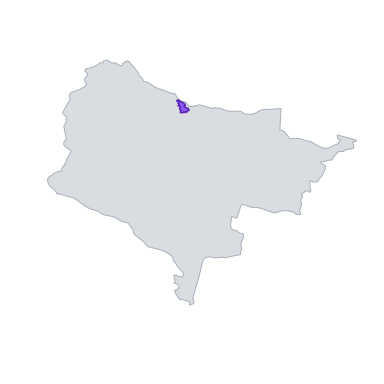 Kalehe, Sud-Kivu, Democratic Republic of the Congo (highlighted), rotated 285°
{"feature_id": "63176286B48907865482387", "entity_name": "Kalehe", "entity_type": "district", "adm_level": 2, "iso_a3": "COD", "parent_name": "Democratic Republic of the Congo", "parent_adm1": "Sud-Kivu", "projection": "equal_earth", "projection_center": [28.9, -2.034], "detail": "fine", "context": "in_parent", "style": "filled", "palette": "violet", "viewbox_px": 384, "rotation_deg": 285, "n_neighbors": 0, "source": "geoboundaries", "source_scale": "gbopen_adm2", "svg_char_len": 5793}
<svg xmlns="http://www.w3.org/2000/svg" viewBox="0 0 384 384"><g transform="rotate(285 192 192)"><path d="M295.7,256.4L274.4,260.9L274.8,262.5L274.6,264.3L274.1,265.6L271.9,269.1L268.7,272.4L268.7,273.1L270.3,276.8L271.3,281.7L271.1,290.5L271.5,292.8L271.4,294.7L270.4,296.7L268.2,307.2L269.7,312.3L273.9,317.0L276.3,320.5L280.5,321.8L281.1,321.6L281.4,318.7L284.7,317.5L284.7,336.2L284.4,337.2L283.8,337.5L283.0,336.9L282.8,335.1L281.9,334.3L277.9,336.6L276.8,336.6L275.7,336.2L274.9,335.2L274.7,333.8L271.8,328.4L270.5,328.0L268.9,323.1L262.5,319.5L260.1,319.3L258.8,318.2L257.6,314.3L255.4,311.8L254.9,309.1L254.5,308.7L253.2,309.2L252.1,313.6L250.7,314.6L248.1,314.7L241.6,313.5L236.9,311.2L235.7,311.4L233.8,309.4L233.0,306.0L233.5,303.4L233.1,303.0L226.0,305.2L224.3,306.5L222.7,306.2L222.2,305.5L222.9,303.7L222.5,301.8L222.0,300.9L219.9,300.2L219.2,298.1L217.9,297.8L217.5,298.1L217.2,299.5L216.4,300.0L212.2,299.3L207.8,301.1L201.9,300.6L199.1,302.8L198.6,302.7L198.0,301.6L197.5,298.1L197.7,297.1L198.6,296.4L198.9,295.0L198.6,291.3L198.8,290.5L198.5,288.3L197.6,285.0L196.3,282.2L193.6,278.1L193.1,276.1L193.3,271.5L194.1,264.1L193.9,258.7L192.8,255.1L192.6,251.3L193.2,244.4L192.5,242.8L179.0,242.2L178.4,241.7L178.2,240.8L178.8,236.7L170.6,237.7L168.1,238.5L166.6,240.2L166.1,242.2L166.1,245.2L164.8,248.1L164.5,252.9L162.2,253.4L160.0,253.4L155.6,252.4L151.3,253.8L149.2,255.1L148.1,254.5L144.3,254.9L143.8,254.6L139.3,245.1L137.3,241.9L136.9,240.4L137.1,238.9L136.5,236.9L134.5,232.0L134.0,229.7L134.1,226.2L133.9,225.0L132.0,221.9L130.8,220.9L129.4,220.3L107.3,220.7L100.0,220.2L94.7,220.6L92.0,220.3L91.3,219.9L88.8,220.5L87.6,221.8L85.7,222.5L84.5,222.2L82.2,218.7L85.3,218.0L85.5,217.7L85.6,209.2L84.8,208.0L86.4,206.5L89.1,202.8L91.7,201.5L92.1,200.7L92.6,200.7L93.6,202.3L95.9,204.4L98.7,202.6L99.0,202.0L99.3,198.4L100.0,198.1L101.2,198.9L101.9,198.9L103.1,197.8L106.7,196.0L107.8,198.3L106.8,200.4L107.2,201.9L107.3,204.3L107.9,204.8L110.8,205.0L111.6,204.5L117.2,196.1L118.6,195.2L121.0,191.8L124.1,190.3L125.5,187.7L127.2,183.0L128.0,176.3L127.7,164.6L128.0,163.0L131.7,157.8L135.6,148.2L138.2,145.7L140.2,144.7L143.3,141.2L145.7,137.7L145.3,133.4L145.9,129.9L147.2,125.5L147.7,120.8L147.2,115.8L147.4,111.7L149.2,105.2L149.4,97.8L151.0,91.5L154.3,83.6L155.8,77.7L155.5,71.9L156.0,67.6L155.8,65.1L155.2,62.9L155.6,61.5L156.8,61.0L158.3,58.8L161.1,53.0L164.0,50.3L166.1,49.4L168.2,49.5L169.6,50.0L171.8,52.2L174.4,54.0L176.3,56.2L178.2,59.7L182.8,60.5L184.8,61.7L186.0,62.2L186.4,61.9L187.3,62.1L189.5,63.1L191.2,62.5L199.7,64.8L200.7,63.7L203.1,57.7L204.8,55.6L207.7,55.4L210.0,56.6L211.2,56.6L221.6,51.5L223.0,51.2L226.8,52.4L229.2,51.6L230.2,51.9L232.3,51.0L234.1,47.4L235.5,46.5L250.5,50.4L252.8,48.5L253.9,48.3L257.2,49.7L258.2,51.9L260.2,53.8L261.6,56.9L263.8,58.6L265.0,60.3L266.3,61.5L269.0,61.9L272.4,59.1L274.9,59.3L277.3,60.9L278.2,60.8L280.0,59.2L281.0,57.4L282.0,57.0L283.4,57.8L284.6,59.4L285.6,61.8L289.4,67.2L293.0,69.5L293.9,72.7L295.2,72.4L295.9,72.7L296.8,74.8L297.5,75.2L297.6,76.1L296.7,78.1L295.8,81.8L297.0,84.1L296.0,87.5L295.5,90.9L296.7,91.8L298.2,91.7L299.6,93.5L300.7,93.8L301.8,95.7L301.6,97.3L298.0,102.9L292.7,109.8L290.8,110.7L289.9,112.0L289.3,114.0L287.7,115.7L286.5,116.4L286.4,121.4L284.6,126.5L283.9,127.6L282.9,136.0L283.1,137.5L282.1,144.3L282.3,150.7L279.7,152.7L277.9,155.9L277.1,158.1L277.1,163.3L274.2,166.5L273.9,167.2L274.7,170.9L275.8,171.4L275.8,172.7L278.2,176.6L278.0,188.8L278.2,190.0L279.4,192.8L280.2,198.3L279.3,205.3L282.6,218.1L281.1,222.8L281.8,227.3L283.8,232.0L288.3,236.6L289.5,238.5L290.7,241.1L291.8,245.1L295.7,256.4Z" fill="#d9dde1" stroke="#a8b0b8" stroke-width="1"/><path d="M277.2,154.7L276.9,154.5L276.9,154.4L276.7,154.4L276.6,154.2L276.5,153.9L276.5,154.0L276.5,153.9L276.5,154.0L276.5,153.9L276.4,153.9L276.2,153.8L276.1,154.0L276.0,154.3L275.9,154.3L276.0,154.3L275.9,154.3L275.9,154.5L275.9,154.4L275.9,154.5L275.9,154.4L276.0,154.5L275.9,154.5L275.9,154.8L275.9,155.0L275.7,155.3L275.4,155.7L275.4,156.1L275.2,156.2L274.8,156.3L274.6,156.2L274.2,156.0L274.1,155.8L274.0,155.7L273.9,155.9L273.7,156.2L273.7,156.3L273.6,156.5L273.3,156.6L273.2,156.7L272.9,156.7L272.8,156.8L272.7,156.8L272.4,156.8L272.1,156.6L272.0,156.3L271.9,156.2L271.7,156.2L271.7,156.3L271.8,156.5L271.8,157.0L272.1,157.2L272.1,157.4L272.1,157.6L271.9,158.2L271.7,158.3L271.5,158.5L271.4,158.5L271.3,158.4L271.2,158.4L270.9,158.4L270.7,158.5L270.6,158.8L270.3,158.6L270.1,158.6L270.0,158.4L269.9,158.3L269.6,158.3L269.3,158.2L269.2,158.1L269.3,158.2L269.2,158.4L269.2,158.6L268.9,158.7L268.3,159.0L268.2,159.1L268.1,159.3L268.2,159.5L268.3,159.5L268.5,159.9L268.4,160.1L268.1,160.1L267.8,159.9L267.7,159.9L267.6,160.1L267.3,160.1L267.1,160.1L266.8,160.1L266.0,160.1L265.8,160.3L265.8,160.6L265.9,160.8L266.0,161.0L266.0,161.4L266.1,161.8L266.1,162.0L266.2,162.4L266.2,162.5L266.4,162.7L266.5,162.8L266.6,163.1L266.7,163.3L266.8,163.4L267.3,163.4L267.4,163.5L267.3,164.2L267.1,164.5L267.5,164.6L267.8,165.1L267.8,165.4L267.9,165.7L267.9,165.9L268.0,166.1L267.9,166.2L268.4,166.3L268.6,166.4L268.6,166.7L269.0,167.0L269.3,167.0L269.5,167.0L269.8,167.3L270.2,167.5L270.3,167.5L270.6,167.4L270.6,167.8L270.9,167.6L271.6,166.8L271.7,166.4L271.8,166.1L271.7,166.0L271.6,165.8L271.7,165.3L271.6,165.1L271.5,164.9L271.6,164.7L271.8,164.3L271.9,164.0L272.0,163.8L271.9,163.5L272.4,162.7L272.6,162.3L272.7,162.2L272.8,162.5L273.0,162.5L273.3,162.4L273.6,162.6L274.0,162.5L273.9,162.6L274.0,162.6L274.0,162.8L274.1,162.7L274.3,162.6L274.2,162.6L274.3,162.5L274.5,162.5L274.5,162.8L274.5,162.7L274.8,162.7L275.0,162.3L275.3,161.7L275.5,161.2L275.8,160.2L275.9,159.8L276.1,159.1L276.3,158.3L276.4,157.4L276.7,156.5L276.9,156.0L277.1,155.6L277.2,155.2L277.3,155.0L277.2,154.7Z" fill="#8b5cf6" stroke="#5b21b6" stroke-width="1.5"/></g></svg>